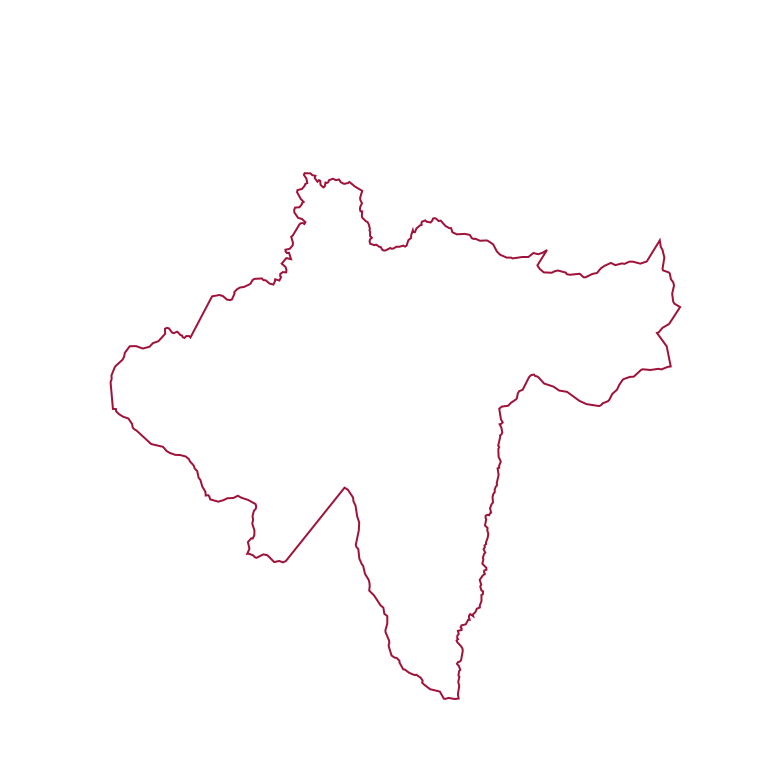 outline of Camapuã, Mato Grosso do Sul, Brazil, rotated 27°
{"feature_id": "56859067B86887033099940", "entity_name": "Camapuã", "entity_type": "district", "adm_level": 2, "iso_a3": "BRA", "parent_name": "Brazil", "parent_adm1": "Mato Grosso do Sul", "projection": "natural_earth1", "projection_center": [-53.845, -19.324], "detail": "fine", "context": "isolated", "style": "outline", "palette": "rose", "viewbox_px": 768, "rotation_deg": 27, "n_neighbors": 0, "source": "geoboundaries", "source_scale": "gbopen_adm2", "svg_char_len": 6165}
<svg xmlns="http://www.w3.org/2000/svg" viewBox="0 0 768 768"><g transform="rotate(27 384 384)"><path d="M566.4,523.8L564.5,523.7L561.7,520.7L561.7,518.6L558.2,515.1L558.9,509.9L560.1,507.4L558.6,506.3L558.0,504.7L559.6,502.9L558.6,501.3L553.2,499.5L552.2,495.1L551.0,494.1L550.3,490.0L550.8,488.3L547.7,486.0L548.0,483.8L546.9,482.3L547.7,480.2L546.8,479.1L546.2,474.0L545.0,470.2L542.4,467.4L541.7,465.3L538.2,464.2L536.5,458.2L534.9,456.7L534.4,455.1L535.4,453.7L537.3,453.1L537.1,451.5L537.8,450.0L534.9,446.6L534.4,442.4L534.9,440.1L532.0,435.4L531.3,432.4L531.8,430.1L530.6,428.0L530.2,424.8L530.7,422.8L529.5,421.3L527.4,413.0L523.5,407.6L524.7,406.3L523.7,404.7L523.3,400.1L519.2,396.9L515.4,390.1L515.3,387.9L513.7,387.0L511.6,378.5L510.8,377.1L511.5,375.7L511.4,373.5L508.3,369.5L505.3,367.4L506.7,366.1L507.2,364.3L504.3,362.5L497.9,353.7L499.2,350.7L504.5,347.0L505.6,343.2L508.7,337.6L508.8,336.0L507.5,331.7L507.7,329.1L510.2,326.1L510.1,312.2L510.9,309.5L513.3,307.5L515.2,308.3L517.0,307.7L518.9,308.0L526.4,310.9L536.2,309.4L543.1,310.3L550.6,307.9L565.8,310.3L573.5,310.0L585.7,306.0L587.1,304.1L587.5,302.1L591.4,297.6L591.9,296.0L591.9,289.3L594.2,283.2L594.0,278.0L594.7,272.2L595.3,270.8L599.9,266.0L603.2,264.1L606.5,255.1L607.7,253.5L615.1,250.5L621.4,246.0L624.6,245.0L629.0,240.0L631.5,238.2L618.8,222.1L604.0,214.6L605.3,213.1L606.7,207.4L610.8,201.0L612.9,181.0L606.3,180.6L604.3,179.3L599.8,172.8L597.7,164.6L595.6,162.1L592.1,160.4L588.4,155.7L586.8,155.3L581.0,156.1L579.9,155.0L576.4,144.1L571.3,138.1L568.3,136.1L564.5,130.8L562.5,155.5L557.7,160.4L550.3,162.0L547.1,163.6L543.7,167.8L541.2,168.6L536.1,173.1L531.2,173.1L526.7,178.8L524.6,182.7L523.4,188.4L519.7,191.3L515.1,197.5L513.4,198.3L508.4,196.9L500.0,202.3L497.0,203.2L495.5,202.2L487.5,203.9L485.1,205.8L483.0,208.7L475.7,212.0L470.3,210.7L466.8,208.6L468.4,190.6L465.8,194.9L462.6,198.3L457.6,199.5L455.0,205.3L449.5,208.1L441.6,213.7L439.8,213.7L435.9,215.7L428.8,216.1L424.4,214.7L417.9,210.0L411.7,209.3L410.2,209.5L404.5,212.8L399.4,213.1L397.9,214.1L396.1,214.2L392.7,212.2L387.8,213.6L380.9,217.6L376.0,217.7L373.1,214.7L371.3,215.5L367.0,215.3L360.4,212.7L358.6,214.0L355.4,213.0L353.7,213.3L352.5,214.5L352.8,216.5L352.2,218.9L348.5,220.0L346.5,219.5L344.2,222.1L344.3,223.7L345.3,225.2L344.1,226.3L342.3,230.7L342.6,234.7L341.1,235.3L339.9,233.9L340.7,239.2L341.8,241.6L340.4,244.8L341.3,250.4L340.4,252.0L338.4,251.9L335.3,254.8L332.8,256.0L330.8,259.1L329.2,260.1L327.9,259.9L324.7,264.3L323.4,265.1L321.8,265.3L318.9,263.5L317.4,263.9L313.9,263.4L312.3,264.7L308.0,265.3L306.4,263.5L305.9,261.4L306.8,259.2L304.4,258.5L302.6,254.8L301.3,253.7L300.9,252.0L298.0,248.7L295.9,247.2L293.9,247.2L289.0,245.6L288.0,244.4L286.2,240.1L284.7,240.8L283.2,239.2L282.4,236.9L282.3,232.9L279.4,230.8L278.2,229.0L276.9,221.8L268.8,221.3L261.5,219.7L260.7,221.3L257.6,223.8L253.8,223.8L251.1,222.2L248.6,224.2L245.3,224.3L242.5,227.4L242.7,229.6L241.7,230.9L240.4,231.1L241.5,234.8L240.7,236.4L237.1,235.4L234.9,231.9L233.5,231.9L232.9,234.0L228.7,231.9L228.4,229.6L225.2,230.5L222.9,229.7L217.6,232.2L217.6,234.0L221.7,236.3L224.4,239.8L223.1,241.5L223.3,243.4L222.3,247.5L218.9,250.5L219.4,252.5L226.0,257.0L229.8,258.3L228.9,259.7L229.2,261.3L228.4,264.9L224.7,267.2L224.9,269.7L226.3,271.9L232.1,275.0L235.9,274.2L240.5,275.5L240.4,277.6L238.8,277.4L236.9,278.5L236.2,280.2L235.3,293.3L234.5,295.0L238.8,299.5L239.7,302.0L238.6,306.4L235.2,309.1L236.4,310.8L238.1,311.4L239.8,310.2L244.5,315.0L239.8,316.2L238.2,323.2L243.1,324.4L245.4,326.8L246.1,329.0L243.1,330.2L241.6,333.0L242.4,334.9L243.8,335.6L243.8,339.3L239.5,340.1L240.2,342.1L240.3,345.6L236.4,346.5L231.5,345.3L229.4,346.2L227.3,345.4L220.9,349.1L219.7,351.1L219.5,355.1L218.6,356.7L215.2,361.1L211.9,363.4L210.0,366.4L208.9,370.1L209.8,371.4L210.1,377.7L208.9,379.0L205.9,380.1L200.4,378.8L196.8,379.5L191.0,384.0L190.4,430.4L188.9,429.8L187.7,430.2L186.0,431.2L185.3,433.6L183.4,433.7L182.2,432.5L180.4,432.8L176.1,431.2L173.5,434.2L171.8,434.4L167.2,432.1L165.1,432.5L163.8,434.2L166.2,438.6L163.6,448.2L159.5,452.6L158.2,457.2L153.0,461.9L145.9,462.8L140.3,465.8L138.9,473.9L140.1,477.9L140.0,481.1L136.7,489.8L136.5,491.8L137.3,500.1L139.1,503.3L139.6,506.6L153.8,529.3L156.4,528.0L157.9,530.1L161.7,531.2L166.3,531.6L171.9,530.8L177.7,534.0L179.6,536.6L181.1,537.5L184.9,537.9L203.8,543.2L215.6,540.3L220.7,542.4L224.2,542.7L230.2,541.9L234.7,539.8L240.4,538.6L244.4,539.6L246.3,541.1L251.4,543.0L253.6,545.2L257.1,546.4L261.3,551.6L264.1,553.0L268.9,558.1L273.7,561.0L275.8,564.3L277.8,562.9L279.1,563.3L281.6,565.7L289.7,564.1L293.5,560.6L296.2,557.0L301.6,553.9L304.5,549.9L308.4,550.1L315.4,549.0L324.1,549.3L325.8,551.3L326.4,553.4L325.7,555.7L326.0,557.8L326.9,561.5L329.0,564.4L330.0,568.2L335.1,573.4L337.1,577.6L337.2,581.3L335.8,581.7L334.5,586.6L338.9,591.9L339.2,597.4L340.5,596.6L345.1,596.1L347.8,597.0L349.4,596.7L353.8,590.6L357.8,589.5L367.0,592.5L370.9,589.3L374.9,588.8L376.9,586.4L395.9,494.3L399.7,494.6L408.0,499.2L409.9,502.2L413.9,505.4L420.1,514.0L424.8,518.7L428.1,526.1L431.9,540.2L433.2,541.6L436.1,542.8L441.3,550.8L446.1,554.7L447.9,555.4L453.3,561.8L459.0,565.3L460.9,567.2L463.0,570.5L464.6,574.8L471.3,577.0L481.2,582.7L485.0,583.6L488.6,588.6L492.3,589.3L495.7,596.0L497.1,602.9L498.0,604.4L504.9,610.2L506.3,612.2L506.6,614.4L507.6,615.9L514.0,622.5L517.8,623.0L519.6,622.3L523.4,623.6L524.3,625.2L530.7,629.5L532.3,629.0L537.4,629.9L541.8,629.6L543.8,629.3L544.8,628.4L550.1,629.1L553.1,630.8L553.6,632.8L556.0,633.6L563.6,635.0L573.4,632.7L580.1,637.2L581.6,636.7L584.0,634.4L590.0,632.6L593.3,630.4L590.7,626.8L588.1,618.9L585.4,615.8L584.1,610.7L582.7,610.0L581.3,605.9L581.7,604.0L578.8,601.4L576.0,600.2L576.2,598.1L577.6,596.9L578.1,595.2L575.4,586.2L574.1,584.2L572.0,582.8L566.5,580.8L565.1,579.6L565.9,577.8L564.4,577.0L563.6,574.8L564.1,572.9L561.9,570.4L564.8,568.0L564.1,566.4L562.8,566.1L562.6,563.9L566.0,561.0L566.0,556.1L567.4,555.2L565.6,553.5L565.0,551.8L565.3,549.9L568.9,550.4L567.8,549.1L569.0,545.6L568.7,542.1L570.9,539.6L569.9,538.1L569.4,533.1L566.6,527.8L567.5,526.3L566.4,523.8Z" fill="none" stroke="#9f1239" stroke-width="2"/></g></svg>